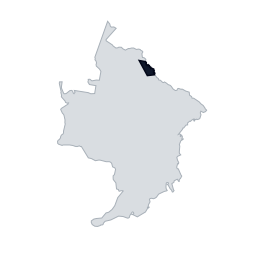 Puerto Alegría, Amazonas, Colombia (highlighted), rotated 189°
{"feature_id": "7082276B15256258741932", "entity_name": "Puerto Alegría", "entity_type": "district", "adm_level": 2, "iso_a3": "COL", "parent_name": "Colombia", "parent_adm1": "Amazonas", "projection": "orthographic", "projection_center": [-73.853, -0.95], "detail": "fine", "context": "in_parent", "style": "filled", "palette": "ink", "viewbox_px": 256, "rotation_deg": 189, "n_neighbors": 0, "source": "geoboundaries", "source_scale": "gbopen_adm2", "svg_char_len": 5250}
<svg xmlns="http://www.w3.org/2000/svg" viewBox="0 0 256 256"><g transform="rotate(189 128 128)"><path d="M147.5,32.7L144.9,33.7L139.8,35.0L136.4,40.7L134.0,41.7L131.0,45.0L128.9,49.2L127.2,57.7L122.9,65.0L123.2,65.3L125.0,65.0L126.6,64.2L127.2,64.4L127.8,65.7L129.8,66.0L131.4,71.9L134.5,74.8L134.8,76.0L135.2,78.4L134.1,79.9L133.8,85.3L134.8,86.6L137.1,87.2L138.6,90.5L139.5,91.3L140.9,91.8L144.3,91.3L150.3,91.9L151.7,91.8L155.1,90.6L159.4,92.1L162.5,92.3L171.2,102.5L172.1,102.2L173.2,102.8L175.3,101.7L177.2,101.6L179.7,102.1L182.9,102.1L189.4,101.1L190.4,100.5L193.9,101.1L195.0,101.8L195.5,103.7L195.1,104.9L193.9,106.1L193.2,107.6L193.1,109.4L192.5,110.8L191.4,111.7L190.9,113.0L191.2,114.7L190.6,122.4L191.1,123.0L191.5,126.2L193.1,130.3L193.8,131.4L195.1,132.4L197.4,135.8L196.9,136.9L191.0,142.2L190.7,143.5L191.9,143.0L193.7,143.5L194.3,144.7L198.7,148.4L198.7,149.9L199.9,152.6L199.7,153.3L202.8,161.2L202.9,162.8L200.3,163.3L200.2,158.0L199.9,156.9L197.0,152.2L196.4,151.8L194.5,152.3L191.3,155.8L189.8,156.3L188.6,155.9L187.4,153.8L186.7,153.4L185.9,155.1L186.9,156.7L172.8,156.7L170.1,156.0L166.3,156.8L166.3,164.8L172.9,164.9L174.8,167.2L174.6,169.1L174.9,169.8L173.3,170.2L171.0,168.9L166.8,170.4L163.8,170.7L163.6,179.6L165.4,181.8L169.0,184.2L169.5,185.8L169.2,187.3L170.1,189.2L171.3,190.2L171.2,191.4L171.8,192.7L164.8,230.2L162.3,227.9L161.4,225.8L160.2,225.0L157.8,225.6L155.3,224.6L163.5,211.9L163.2,210.7L156.4,207.6L155.7,206.8L152.5,205.1L150.7,205.6L149.7,206.4L147.2,206.7L145.2,205.3L142.8,204.5L140.0,206.6L139.1,206.6L137.1,207.5L134.9,207.9L132.1,206.9L129.8,207.6L128.2,207.4L127.6,206.8L125.5,206.0L125.3,205.1L125.9,203.6L125.0,200.5L124.7,199.9L123.1,199.9L121.3,198.8L121.0,198.1L121.3,196.8L121.0,195.8L119.2,193.3L116.8,192.6L114.4,190.6L112.1,189.9L111.0,188.4L109.9,185.0L107.5,182.4L105.8,181.6L105.2,180.3L103.4,180.2L101.0,178.5L100.0,178.4L99.2,179.2L97.0,178.3L95.1,177.1L93.2,176.8L91.9,176.0L89.6,173.6L87.1,172.4L85.6,172.9L85.1,174.6L84.3,175.0L81.4,174.5L80.9,174.9L80.2,174.8L76.7,173.5L73.2,173.0L72.3,170.0L70.1,169.0L69.4,167.5L67.8,167.7L61.9,165.0L59.5,163.1L57.4,162.1L55.2,159.9L54.8,159.1L53.1,157.9L54.0,156.3L56.0,155.1L58.7,156.0L59.0,154.2L58.0,152.5L58.5,148.8L59.2,148.0L60.7,147.2L61.6,147.5L62.1,146.9L64.3,147.2L65.0,146.9L66.6,145.4L67.3,144.3L68.1,144.4L69.9,142.4L69.6,140.4L71.2,139.9L73.0,136.7L73.7,136.6L74.1,135.0L77.2,129.6L76.1,130.2L74.9,129.9L75.1,128.0L74.7,127.8L73.8,129.2L72.9,127.8L73.1,125.5L71.8,125.9L71.8,125.4L73.8,123.7L74.7,119.7L74.0,118.2L73.6,112.3L73.3,111.1L71.7,109.7L74.3,108.0L75.2,106.7L74.1,104.0L72.5,101.8L72.5,100.5L73.4,100.6L73.8,96.9L73.0,95.5L71.9,95.5L68.5,90.1L67.4,88.9L68.3,86.3L69.3,85.2L69.1,83.2L69.8,83.3L71.2,85.1L71.8,84.8L74.1,83.1L74.2,81.5L76.0,79.9L73.5,74.3L72.7,73.4L73.7,71.7L74.3,71.8L75.3,73.5L76.9,74.6L79.2,77.7L80.3,78.4L79.5,79.1L79.4,79.8L79.7,80.3L81.0,80.3L81.6,79.5L81.3,75.7L80.7,73.8L79.5,72.5L79.9,72.0L82.3,71.0L87.4,67.5L89.1,64.1L90.4,62.9L91.9,62.1L93.7,62.3L95.2,61.8L95.6,60.8L94.7,58.5L95.8,55.3L95.7,53.6L96.4,52.7L96.2,52.3L94.4,53.4L96.3,51.2L97.6,47.8L104.9,41.7L109.6,43.2L111.1,43.1L109.2,43.9L108.9,44.7L109.5,45.6L110.3,45.9L110.9,45.3L112.5,41.8L112.7,39.9L113.4,39.2L114.4,38.9L119.0,39.8L123.5,39.5L130.6,34.5L136.0,32.3L137.3,30.3L137.6,28.7L138.6,28.1L139.6,28.1L140.2,27.3L142.7,26.0L145.4,25.8L148.2,27.0L149.5,29.0L149.7,30.5L147.5,32.7ZM64.4,146.5L64.1,146.8L63.4,146.3L63.2,145.7L63.6,145.2L64.1,145.4L64.4,146.5Z" fill="#d9dde1" stroke="#a8b0b8" stroke-width="1"/><path d="M127.5,196.4L117.1,182.8L110.3,184.7L110.3,184.9L110.2,184.9L110.2,185.0L110.3,185.2L110.4,185.3L110.5,185.4L110.6,185.5L110.4,185.8L110.5,185.8L110.5,186.0L110.8,186.2L110.8,186.4L110.9,186.5L110.7,186.6L110.4,186.7L110.4,186.8L110.5,186.9L110.5,187.0L110.8,187.2L110.9,187.3L111.0,187.3L111.1,187.2L111.1,187.3L111.2,187.5L111.3,187.7L111.5,187.5L111.5,187.8L111.5,188.0L111.8,188.1L112.0,188.0L111.9,188.1L111.8,188.3L111.7,188.4L111.8,188.5L111.7,188.7L111.4,188.5L111.2,188.6L111.1,188.8L111.3,189.0L111.3,188.9L111.5,189.0L111.7,189.3L111.8,189.4L111.8,189.5L111.7,189.7L111.7,189.9L111.7,190.0L111.8,190.0L112.0,190.2L112.1,190.3L112.3,190.3L112.5,190.4L112.8,190.4L113.0,190.3L113.3,190.5L113.6,190.7L113.7,190.8L113.8,190.8L114.0,190.9L114.3,190.9L114.5,190.8L114.6,190.7L114.7,190.4L114.8,190.3L114.9,190.5L114.8,190.8L114.8,191.0L114.9,191.3L115.0,191.4L115.1,191.5L115.3,191.6L115.4,191.4L115.5,191.3L115.7,191.5L115.5,191.8L115.8,191.9L116.0,191.8L116.0,191.7L116.3,191.8L116.3,192.0L116.4,192.3L116.5,192.5L116.7,192.8L116.7,193.0L116.8,193.0L117.0,193.1L117.3,193.2L117.4,193.3L117.5,193.3L117.7,193.2L117.8,193.2L117.8,193.3L117.9,193.5L118.0,193.4L118.1,193.2L118.2,192.9L118.2,192.7L118.3,192.7L118.2,192.8L118.3,193.0L118.3,193.3L118.5,193.3L118.8,193.4L119.0,193.2L119.2,193.3L119.3,193.4L119.3,193.5L119.5,193.6L119.8,193.5L119.8,193.8L119.8,194.0L120.0,194.2L120.0,194.3L120.3,194.3L120.3,194.2L120.4,194.3L120.3,194.5L120.2,194.8L120.3,194.9L120.5,194.9L120.6,195.0L120.6,195.3L120.4,195.4L120.2,195.3L120.2,195.5L120.3,195.5L120.5,195.5L120.8,195.6L120.9,195.8L120.8,196.0L121.1,196.2L121.3,196.2L121.4,196.3L127.5,196.4Z" fill="#0f172a" stroke="#020617" stroke-width="1.5"/></g></svg>